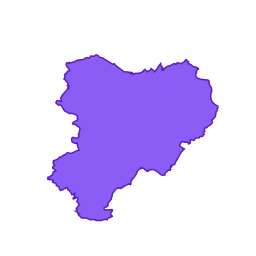 Vima Mica, Maramures, Romania (Albers equal-area conic projection), rotated 252°
{"feature_id": "2599482B4485226346808", "entity_name": "Vima Mica", "entity_type": "district", "adm_level": 2, "iso_a3": "ROU", "parent_name": "Romania", "parent_adm1": "Maramures", "projection": "albers", "projection_center": [23.688, 47.408], "detail": "fine", "context": "isolated", "style": "filled", "palette": "violet", "viewbox_px": 256, "rotation_deg": 252, "n_neighbors": 0, "source": "geoboundaries", "source_scale": "gbopen_adm2", "svg_char_len": 5715}
<svg xmlns="http://www.w3.org/2000/svg" viewBox="0 0 256 256"><g transform="rotate(252 128 128)"><path d="M147.4,219.7L148.4,219.3L149.3,218.1L149.6,217.1L152.0,212.0L153.6,209.9L155.0,208.7L156.8,208.6L158.1,209.0L159.9,210.5L160.8,210.5L162.6,212.7L161.7,213.5L163.5,213.0L164.0,212.1L164.9,211.5L165.8,209.6L167.2,208.4L169.1,207.2L170.7,205.2L171.7,205.4L172.3,206.1L173.3,205.2L175.0,204.5L174.9,203.8L174.3,203.4L174.2,202.6L173.6,202.2L173.4,200.6L173.1,200.3L173.1,199.8L172.8,199.3L173.0,198.2L174.8,195.1L174.7,194.8L174.1,194.8L174.1,194.2L174.1,193.4L173.9,193.3L174.2,193.1L174.1,192.6L174.4,192.1L175.0,191.9L174.5,188.3L174.1,187.4L174.4,186.5L174.5,184.7L173.6,181.6L173.4,180.7L173.7,180.1L172.0,179.8L172.1,179.4L172.6,179.0L172.6,178.3L173.7,178.3L174.1,178.8L174.7,178.9L175.3,179.4L178.2,178.6L179.1,178.9L177.2,175.9L175.5,174.3L174.4,172.3L173.8,172.3L173.8,171.7L173.2,171.0L173.5,170.3L174.3,170.5L177.4,168.2L176.4,167.4L176.0,166.8L175.8,164.2L175.5,163.6L175.6,163.3L176.8,163.2L177.3,162.6L178.4,162.3L178.5,161.8L177.7,160.7L177.6,160.1L177.3,159.6L177.0,159.6L176.6,157.5L176.9,153.9L177.7,152.5L177.6,150.4L177.8,149.3L178.1,148.9L179.1,149.3L180.2,147.7L180.4,147.0L179.6,148.1L178.8,147.6L179.9,146.3L180.9,146.0L181.8,144.1L181.8,143.4L182.9,141.4L191.1,135.7L193.5,134.8L193.2,133.5L193.5,133.0L199.5,128.0L200.2,127.0L202.2,125.8L203.0,124.7L203.5,123.5L204.8,122.4L206.3,121.8L207.1,120.8L207.4,120.0L206.8,118.3L206.8,117.4L208.0,114.8L206.7,113.1L206.7,112.1L207.5,111.2L207.7,109.5L207.5,108.8L207.6,108.2L206.7,107.2L207.6,103.7L207.9,102.4L207.8,101.6L208.1,100.8L207.8,100.3L208.0,99.7L207.7,98.9L207.9,98.5L207.4,98.2L207.3,97.5L207.7,95.2L207.5,92.9L208.6,92.3L208.0,91.4L208.9,90.0L208.7,89.4L207.2,88.7L205.0,89.0L201.1,90.5L200.6,89.6L200.6,87.8L200.0,87.5L199.5,86.6L198.9,86.4L198.9,85.3L198.3,84.3L197.7,84.0L195.7,83.9L194.4,82.2L193.6,82.9L189.8,84.4L188.5,84.6L187.5,84.2L186.8,84.9L186.4,84.5L186.6,84.0L185.8,84.6L185.4,84.5L185.3,84.4L185.6,83.8L185.5,83.6L185.2,83.6L184.8,83.2L184.2,83.7L184.0,82.5L183.3,82.2L180.1,76.5L177.9,73.8L177.1,73.1L175.3,73.3L173.9,73.0L173.8,72.5L175.1,71.1L176.0,69.1L175.3,67.9L174.6,67.4L173.9,67.3L171.6,68.6L170.7,70.7L169.9,71.7L165.2,72.5L163.4,73.3L161.3,75.5L159.8,76.8L159.7,77.9L159.1,79.4L157.0,82.2L156.1,83.1L154.6,83.3L153.6,83.3L152.7,82.7L151.9,82.8L151.4,82.5L151.0,81.5L150.4,77.9L149.6,76.7L148.4,77.0L147.8,78.6L146.5,79.8L145.2,80.5L144.2,81.6L142.3,82.2L141.9,82.2L140.9,81.3L138.6,80.1L137.6,79.0L136.9,78.6L135.9,79.0L135.2,78.9L134.2,77.2L134.1,76.1L134.8,74.6L135.8,73.4L136.1,72.5L135.9,71.7L135.5,71.3L133.3,70.5L131.8,70.7L130.0,72.5L129.4,73.7L129.7,74.9L126.0,74.5L122.0,74.5L122.1,70.8L121.6,68.8L121.7,68.3L121.4,67.0L121.9,64.8L122.8,63.7L123.2,62.4L122.2,60.4L121.9,57.5L121.1,55.2L121.5,54.2L120.0,51.1L120.0,49.3L119.6,47.6L120.0,47.1L117.2,45.8L115.5,46.7L114.8,46.4L114.8,45.4L114.1,44.4L113.1,44.0L112.0,44.9L109.4,46.2L109.3,43.4L106.5,41.3L106.6,40.6L105.8,38.4L105.9,36.8L105.3,36.2L104.4,35.9L104.0,35.9L103.8,36.8L102.8,37.6L103.4,38.3L101.4,40.3L101.2,40.2L100.9,40.6L99.9,39.6L99.2,40.0L98.1,41.9L97.5,42.4L96.3,42.4L95.5,42.0L93.3,44.2L91.8,43.9L89.5,44.4L89.5,47.4L90.3,48.8L89.7,49.8L90.3,50.4L90.4,51.5L89.3,52.2L88.7,51.7L88.0,51.7L86.2,53.1L85.4,53.2L84.0,53.8L82.0,53.8L82.0,54.4L81.6,55.0L82.4,57.1L80.2,55.8L79.6,56.0L79.2,56.8L78.2,56.9L78.4,54.3L77.5,54.0L77.3,55.6L77.6,56.8L78.0,56.9L77.0,58.8L75.7,58.3L74.9,57.3L74.3,57.5L73.6,56.6L72.7,57.3L70.8,57.6L70.2,58.2L69.3,57.4L68.9,55.9L67.9,55.0L67.7,54.1L67.1,53.9L66.9,54.2L66.5,53.9L65.9,54.3L64.9,54.1L64.7,53.3L64.9,52.7L63.2,54.1L62.4,53.9L61.3,54.9L61.2,55.7L60.6,54.1L57.6,55.7L56.5,56.5L55.3,60.4L54.6,61.4L53.8,62.0L53.5,62.7L53.1,62.8L52.3,64.0L51.8,66.6L51.4,67.0L51.0,68.2L50.1,69.0L49.5,70.1L48.6,73.0L48.3,73.4L48.3,74.3L48.5,74.7L48.2,76.8L48.3,77.4L47.9,78.8L47.1,79.7L48.3,80.9L48.5,81.5L48.4,83.7L49.0,85.5L48.5,86.3L50.0,85.1L51.1,84.9L52.4,85.4L53.6,86.5L53.8,87.4L54.8,87.9L55.4,87.4L57.0,81.1L58.1,80.2L59.1,80.4L59.6,80.9L59.7,83.5L60.2,84.9L60.6,85.2L62.4,85.4L65.4,89.9L68.6,92.1L70.4,93.0L72.4,95.8L73.0,96.3L73.9,98.4L74.2,100.0L73.7,100.3L73.7,100.9L73.2,101.7L73.2,102.3L73.5,102.1L73.5,102.3L73.4,102.9L73.0,102.9L73.5,103.5L73.4,103.8L73.1,103.7L73.1,104.5L73.6,105.9L74.0,106.0L74.1,108.6L74.7,111.3L74.4,111.4L74.5,111.6L74.2,111.8L74.2,112.1L73.3,112.9L73.7,113.3L76.3,114.2L76.7,114.4L76.8,114.9L77.8,115.4L77.3,115.4L78.3,116.3L78.1,116.7L78.9,117.3L79.0,118.2L81.2,121.2L83.0,122.7L84.7,124.6L85.5,126.3L85.3,126.8L85.4,128.3L86.3,128.2L84.6,130.5L81.8,132.0L80.6,133.4L80.7,133.6L81.0,133.5L81.5,133.9L81.3,134.3L81.4,136.4L80.4,139.7L80.0,140.4L78.6,141.2L75.4,143.8L73.7,144.5L72.5,146.2L71.9,148.4L73.9,149.8L74.3,150.5L74.4,151.3L75.0,152.0L75.0,152.5L75.4,152.9L74.9,155.3L75.3,155.7L75.6,155.3L77.3,156.0L78.6,157.0L78.7,157.3L77.8,157.6L79.3,158.5L78.8,160.8L81.5,163.3L82.8,165.0L83.6,165.3L84.1,166.3L86.4,168.6L88.6,171.3L90.7,175.1L92.5,173.3L94.2,172.1L95.9,171.5L96.6,172.8L98.2,174.5L98.4,175.0L97.9,175.8L98.0,176.1L96.9,177.6L96.0,180.3L94.7,180.8L94.3,180.6L94.1,181.7L94.2,182.1L95.3,182.9L97.5,183.6L96.8,185.5L95.8,187.0L97.6,189.3L96.7,192.8L97.5,193.8L97.4,195.6L97.0,196.3L98.0,197.3L98.3,198.4L100.1,198.2L100.4,198.7L100.6,199.5L101.1,200.0L103.0,200.3L104.0,200.8L104.3,201.7L103.9,202.7L105.1,205.0L105.6,207.7L107.0,209.8L107.6,210.1L109.6,210.0L110.7,212.8L112.1,214.7L116.1,216.8L117.3,218.3L119.4,219.4L119.7,219.9L121.1,220.1L122.2,219.0L124.7,217.1L127.0,216.2L129.7,215.8L132.9,216.5L135.2,217.6L137.0,218.9L138.4,219.4L141.5,219.6L142.3,219.2L145.1,218.9L146.4,219.1L147.4,219.7Z" fill="#8b5cf6" stroke="#5b21b6" stroke-width="1.5"/></g></svg>